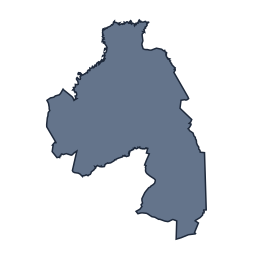 Soconusco, Veracruz, Mexico (orthographic projection), rotated 273°
{"feature_id": "50627088B56409372857875", "entity_name": "Soconusco", "entity_type": "district", "adm_level": 2, "iso_a3": "MEX", "parent_name": "Mexico", "parent_adm1": "Veracruz", "projection": "orthographic", "projection_center": [-94.827, 18.007], "detail": "fine", "context": "isolated", "style": "filled", "palette": "slate", "viewbox_px": 256, "rotation_deg": 273, "n_neighbors": 0, "source": "geoboundaries", "source_scale": "gbopen_adm2", "svg_char_len": 5868}
<svg xmlns="http://www.w3.org/2000/svg" viewBox="0 0 256 256"><g transform="rotate(273 128 128)"><path d="M50.3,210.4L107.4,205.7L107.6,201.4L109.5,201.0L110.5,199.9L111.8,199.6L112.6,199.7L114.5,198.2L116.7,197.2L118.7,197.0L119.9,196.6L120.3,196.1L122.3,195.6L123.5,194.3L126.4,193.2L128.6,189.6L130.2,188.6L130.4,188.1L131.9,189.4L134.4,190.7L135.2,190.8L135.8,188.8L137.3,190.3L139.8,191.2L150.4,178.9L158.5,179.5L159.2,183.0L158.9,184.4L159.4,185.7L160.5,187.0L162.2,186.2L185.9,170.9L188.3,172.2L188.9,172.1L188.9,171.1L189.2,171.2L189.2,171.6L190.5,172.0L190.8,171.4L193.5,168.5L194.3,168.3L194.7,167.6L195.7,167.4L196.8,166.3L197.6,166.1L197.9,166.5L198.8,164.8L199.2,165.3L199.1,164.1L199.8,163.7L199.9,164.1L201.1,162.8L202.5,162.2L202.8,162.5L203.6,161.9L204.5,162.0L204.2,162.5L205.0,162.6L205.0,162.1L205.5,162.2L205.9,161.2L207.4,160.6L206.9,159.9L207.5,158.6L208.4,157.5L209.2,152.2L207.0,147.2L206.9,145.8L207.4,142.7L207.2,142.2L207.4,140.2L208.0,138.9L211.6,137.6L213.0,137.5L215.8,138.3L221.8,137.2L223.0,137.5L224.3,139.0L225.0,138.1L225.0,138.8L224.6,139.6L226.3,139.1L227.1,138.6L228.7,140.2L228.9,139.8L229.6,139.8L230.5,141.0L231.7,141.7L232.3,141.6L232.7,141.2L233.2,141.4L234.5,143.1L234.8,143.0L234.8,142.3L234.2,141.8L234.7,140.4L235.3,140.1L235.4,139.6L234.7,138.2L234.5,136.5L234.8,135.6L235.0,135.5L234.6,135.0L236.0,134.2L236.5,133.6L235.6,133.1L234.7,133.9L234.3,132.5L233.7,132.2L233.2,132.4L233.1,130.5L232.8,130.3L231.7,130.8L231.3,129.5L230.4,129.2L230.7,129.0L231.6,129.2L232.1,129.1L232.5,128.5L232.8,127.3L232.6,126.8L232.0,126.3L232.4,126.1L232.7,124.3L233.0,124.3L233.8,125.2L234.0,126.0L235.1,125.4L235.4,125.0L234.0,123.9L232.8,123.6L232.6,123.2L233.9,122.1L234.0,121.3L232.9,120.1L233.4,118.9L232.4,119.3L231.7,119.0L231.7,118.4L232.1,117.9L231.3,117.4L231.2,117.0L231.8,116.5L230.5,114.0L230.8,113.5L231.1,114.3L231.5,114.3L232.0,113.6L232.5,114.0L232.0,112.5L232.8,110.5L232.7,109.0L234.0,108.9L233.0,108.0L232.3,108.1L231.9,107.7L231.0,107.7L230.1,107.1L230.3,106.3L228.8,105.1L227.2,101.8L226.5,101.8L226.4,101.4L226.6,100.5L226.4,99.7L225.7,100.0L224.7,98.8L225.0,98.1L225.7,98.1L225.6,97.8L224.7,97.6L224.1,97.5L223.3,97.7L221.6,97.5L220.8,98.0L219.9,97.8L219.4,98.6L219.0,98.1L218.0,97.5L217.1,98.3L216.9,99.3L215.9,99.0L215.5,99.5L215.3,99.1L215.4,97.9L214.5,98.0L213.0,97.6L213.2,98.3L213.1,99.0L212.8,99.2L212.1,98.8L211.7,98.9L211.6,99.3L212.7,99.9L212.5,100.4L212.0,100.3L211.4,99.7L211.3,100.1L209.0,102.0L206.9,103.0L206.2,100.6L204.5,100.4L205.8,101.6L205.1,102.7L203.2,102.4L202.1,101.9L201.7,101.0L201.8,100.3L199.4,101.1L199.4,99.5L199.1,99.0L198.4,98.8L198.8,99.5L198.8,100.5L198.1,100.9L196.7,100.6L196.5,101.1L196.1,101.5L195.3,100.9L195.8,100.2L195.2,100.1L194.9,100.6L194.6,100.7L193.5,100.1L193.5,99.8L194.5,99.0L195.0,98.3L194.0,97.7L193.3,98.6L193.0,98.6L192.7,98.2L193.0,97.2L191.0,96.6L189.8,95.6L191.1,95.2L192.0,95.9L192.5,95.9L192.7,95.4L191.0,93.4L189.8,93.1L188.9,93.3L188.2,93.1L188.2,92.7L189.1,92.0L189.1,91.7L187.5,91.4L186.7,90.9L186.3,90.2L186.5,89.8L187.2,89.9L187.9,89.5L187.8,89.2L186.2,89.0L185.5,87.4L185.8,86.8L183.6,87.0L183.3,86.8L183.9,85.7L183.8,85.3L182.7,84.6L181.4,84.8L181.0,84.7L181.2,83.5L179.9,82.5L179.9,81.9L179.0,80.9L178.5,79.6L180.6,77.5L180.7,75.7L179.4,75.2L178.8,75.4L179.0,76.8L178.6,78.0L177.5,78.3L177.0,77.4L174.8,78.0L174.1,77.8L174.0,76.6L175.8,74.6L175.0,74.0L173.7,74.1L172.9,74.9L171.4,75.7L169.1,76.0L168.6,75.0L168.8,73.1L166.4,73.4L166.0,73.1L165.6,71.4L164.2,72.3L163.5,71.0L163.1,70.8L163.2,71.5L163.0,72.2L161.7,72.6L161.6,73.3L161.2,73.7L160.8,73.5L160.9,74.5L159.1,75.0L157.6,74.9L157.1,73.5L156.3,74.0L155.2,74.1L154.7,75.5L154.1,74.6L153.8,73.1L153.2,73.3L152.7,72.6L155.3,71.4L156.4,70.4L162.8,61.6L163.4,61.1L159.1,58.9L157.6,57.7L156.2,53.7L154.8,52.2L154.0,49.0L151.4,45.6L148.5,47.3L144.6,48.2L142.8,48.3L141.3,49.0L139.4,47.6L137.8,47.4L136.0,47.4L134.0,46.9L127.1,46.6L124.9,46.8L109.8,56.8L109.5,56.7L110.1,55.8L106.9,53.4L106.7,54.1L100.5,53.5L94.7,58.6L95.2,60.3L94.9,61.3L96.5,61.6L96.6,62.3L98.3,62.7L98.6,63.3L98.1,64.7L99.2,67.7L97.9,72.7L98.3,73.7L100.5,75.7L102.3,78.1L82.6,74.7L81.5,75.3L80.7,76.8L80.3,80.7L79.5,82.5L77.1,85.2L78.0,85.5L78.2,87.3L78.9,88.5L79.0,89.2L78.5,89.7L78.3,90.7L78.9,91.1L79.8,92.8L81.3,93.5L82.2,93.6L84.4,96.2L84.7,96.2L86.3,97.7L87.8,96.9L87.4,98.1L88.2,98.5L88.9,99.5L88.6,99.7L88.4,101.1L88.1,101.4L87.8,102.3L88.2,102.9L88.7,103.2L87.8,103.8L88.2,106.3L89.1,106.8L90.1,106.8L91.3,108.1L91.4,108.7L92.0,109.4L91.8,110.2L92.3,112.5L94.5,115.8L95.6,116.4L95.5,117.5L96.2,117.7L97.3,119.8L98.9,124.0L100.1,124.4L99.7,125.7L99.8,125.9L100.4,126.0L100.5,126.4L99.7,127.1L99.4,127.9L100.2,130.2L101.3,130.7L102.5,129.9L102.9,130.0L102.8,130.7L103.2,130.8L103.0,130.4L103.3,130.2L104.1,130.2L104.5,130.7L104.9,130.7L106.1,133.2L106.5,133.2L106.8,134.6L107.9,134.4L107.9,135.1L108.8,135.7L108.7,136.1L108.1,136.2L107.7,137.5L108.3,138.6L109.1,138.9L108.7,139.2L109.6,140.7L108.6,140.9L108.1,142.1L108.3,142.5L107.9,143.4L108.2,143.7L108.2,144.4L108.0,144.6L107.9,145.1L108.2,145.2L108.3,146.5L109.1,146.9L109.0,147.9L108.4,148.0L108.5,148.8L104.0,147.7L103.3,150.6L96.8,148.1L91.9,146.5L91.4,147.9L89.6,147.4L88.5,147.8L86.9,147.7L85.9,147.8L84.5,148.4L83.4,149.4L81.3,152.3L78.7,156.8L77.7,157.9L76.6,158.0L74.3,157.5L72.8,156.1L71.0,153.7L70.4,153.5L69.4,151.8L66.2,149.4L64.2,148.1L58.2,145.6L56.4,145.7L53.9,146.4L53.4,146.3L52.2,145.1L51.0,145.5L50.3,146.0L47.5,144.1L45.2,140.4L42.9,142.4L43.8,145.1L44.0,146.6L43.8,150.7L43.5,151.7L40.7,156.5L40.3,159.5L38.4,163.4L38.5,164.6L37.0,169.5L36.6,172.6L36.9,173.7L38.9,177.2L38.9,178.1L37.8,181.5L19.5,181.9L21.2,186.7L24.6,194.0L25.8,200.7L26.2,201.0L27.1,199.9L36.8,203.3L38.8,199.9L39.4,200.4L42.4,204.8L44.9,207.0L47.0,207.2L47.1,208.2L48.4,208.5L49.3,207.9L50.0,207.9L50.3,210.4Z" fill="#64748b" stroke="#1e293b" stroke-width="1.5"/></g></svg>